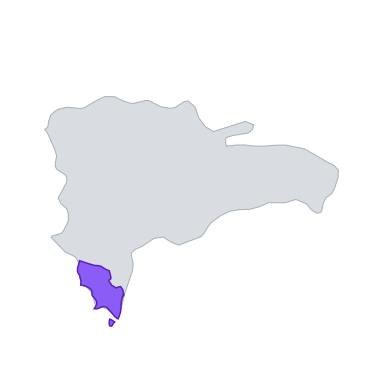 Pedernales highlighted on a map of Dominican Republic, rotated 347°
{"feature_id": "DOM-1973", "entity_name": "Pedernales", "entity_type": "Province", "adm_level": 1, "iso_a3": "DOM", "parent_name": "Dominican Republic", "parent_adm1": "", "projection": "natural_earth1", "projection_center": [-71.507, 17.919], "detail": "fine", "context": "in_parent", "style": "filled", "palette": "violet", "viewbox_px": 384, "rotation_deg": 347, "n_neighbors": 0, "source": "natural_earth", "source_scale": "10m", "svg_char_len": 2423}
<svg xmlns="http://www.w3.org/2000/svg" viewBox="0 0 384 384"><g transform="rotate(347 192 192)"><path d="M63.3,257.7L63.6,242.0L65.8,235.7L63.8,229.0L54.9,221.8L49.4,212.7L44.6,204.6L45.7,203.4L55.4,203.0L58.8,200.0L65.3,191.7L66.6,185.0L66.1,180.0L61.8,173.9L60.2,167.6L65.4,162.0L72.3,153.9L73.2,150.8L73.0,147.7L65.1,139.1L64.5,135.5L68.2,126.2L67.9,120.0L64.2,100.9L62.4,98.0L66.0,96.4L68.3,90.7L71.4,85.6L75.6,82.9L80.2,81.2L89.6,81.3L102.5,85.7L106.1,85.6L118.5,81.6L128.7,79.4L138.4,81.9L142.3,85.4L150.3,90.9L154.3,92.5L166.9,92.4L170.3,93.0L180.9,102.0L189.9,105.6L195.0,105.8L204.3,102.3L208.9,102.4L214.2,110.2L215.3,121.3L219.7,131.4L226.5,137.9L259.8,135.2L267.3,140.5L264.7,144.9L260.0,147.2L244.2,146.2L237.2,146.7L235.9,151.1L235.8,155.1L245.1,156.1L254.2,158.1L263.5,161.4L272.9,163.6L283.5,165.1L294.0,167.4L311.5,175.4L330.8,193.5L336.0,197.6L339.4,203.3L337.8,210.3L331.0,221.7L327.1,225.4L321.4,227.6L317.5,232.3L313.8,240.3L311.5,241.0L308.8,240.7L304.2,236.1L300.8,229.2L291.5,222.6L280.4,223.5L264.1,219.6L254.3,221.5L244.4,221.9L234.3,219.9L224.2,219.2L214.1,221.7L204.2,225.9L200.6,228.6L194.3,235.1L191.0,237.5L167.1,240.8L160.2,236.0L153.8,229.4L144.6,228.6L131.3,233.6L122.9,235.4L119.5,237.6L118.6,240.1L118.5,249.2L116.6,254.8L103.7,275.7L96.3,290.5L93.3,295.1L89.8,296.1L83.4,287.6L79.3,284.5L74.3,282.9L72.1,278.4L72.2,272.0L70.9,265.8L67.8,260.9L63.3,257.7Z" fill="#d9dde1" stroke="#a8b0b8" stroke-width="1"/><path d="M62.6,257.7L63.6,254.8L63.9,253.2L63.7,250.4L63.8,248.8L63.6,247.8L62.7,245.0L62.6,244.1L62.8,242.3L63.4,240.5L67.0,233.6L73.9,237.9L80.7,241.7L83.7,242.5L86.5,243.8L88.8,246.2L91.2,248.5L93.7,250.1L93.8,254.0L93.8,255.7L93.7,257.4L93.2,258.4L92.4,258.8L91.6,259.1L91.0,260.0L92.8,264.9L96.7,268.5L98.8,268.0L101.2,268.1L102.5,271.4L102.5,275.1L102.5,275.4L102.3,276.0L102.2,276.2L101.9,276.5L102.5,276.5L102.1,277.3L101.7,277.9L101.2,278.3L100.6,278.5L100.3,278.9L99.7,280.8L99.4,281.5L98.4,283.1L95.7,292.0L94.9,293.7L91.6,299.0L90.8,298.6L90.1,297.8L90.0,297.4L89.2,296.7L83.7,286.3L82.3,284.7L79.6,283.5L73.2,284.5L70.4,283.7L71.2,283.1L73.8,280.0L74.3,278.8L74.2,276.8L73.9,275.3L72.6,272.6L71.8,271.1L71.6,270.6L71.5,269.5L72.1,265.9L71.5,264.2L70.1,262.4L67.1,259.6L62.6,257.7ZM82.9,304.6L81.6,303.8L81.6,301.7L82.3,299.3L83.2,297.4L84.3,298.1L85.5,299.1L87.5,301.3L86.3,301.8L84.3,304.1L82.9,304.6Z" fill="#8b5cf6" stroke="#5b21b6" stroke-width="1.5"/></g></svg>